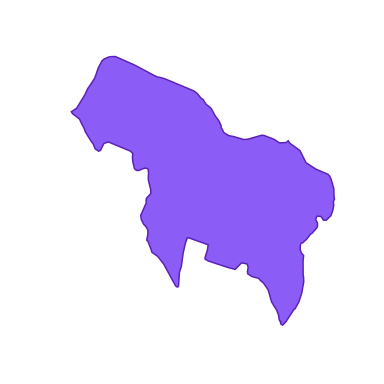 San Vicente Pacaya, Escuintla, Guatemala (Mercator projection), rotated 295°
{"feature_id": "79465075B46542077194483", "entity_name": "San Vicente Pacaya", "entity_type": "district", "adm_level": 2, "iso_a3": "GTM", "parent_name": "Guatemala", "parent_adm1": "Escuintla", "projection": "mercator", "projection_center": [-90.654, 14.339], "detail": "fine", "context": "isolated", "style": "filled", "palette": "violet", "viewbox_px": 384, "rotation_deg": 295, "n_neighbors": 0, "source": "geoboundaries", "source_scale": "gbopen_adm2", "svg_char_len": 2230}
<svg xmlns="http://www.w3.org/2000/svg" viewBox="0 0 384 384"><g transform="rotate(295 192 192)"><path d="M213.7,48.7L212.5,50.7L210.6,59.2L207.3,63.0L204.3,67.1L201.4,70.0L196.1,78.0L194.7,80.3L194.0,81.9L190.2,86.0L189.5,90.2L191.2,91.5L198.6,91.6L202.0,94.9L203.0,118.9L201.9,122.0L200.8,122.5L199.2,122.9L194.8,125.3L188.8,130.0L188.1,132.5L188.9,134.5L192.9,138.3L194.2,140.0L194.3,141.8L193.9,143.0L192.5,143.5L191.3,144.4L186.1,146.5L183.9,147.7L182.1,149.3L180.5,150.5L176.8,153.5L173.1,155.3L167.3,153.4L166.5,153.5L164.8,154.0L163.0,155.1L149.1,155.4L145.5,157.8L142.4,161.8L141.1,165.0L138.8,168.1L134.9,169.9L130.3,171.0L129.2,171.4L128.9,172.7L126.3,175.3L123.5,178.3L120.4,181.2L119.2,188.0L114.9,196.5L100.0,216.8L99.6,218.2L99.9,219.3L101.1,219.5L114.1,214.5L120.1,213.8L132.9,209.8L142.6,207.7L148.5,207.1L149.1,208.6L151.0,229.0L145.8,230.5L138.3,231.5L136.8,232.1L136.3,235.6L138.7,255.9L140.1,263.9L147.3,266.3L149.0,267.4L150.0,272.5L147.7,274.6L142.9,276.0L141.3,277.3L140.7,282.4L141.9,288.8L140.5,292.0L139.8,295.1L135.5,302.4L126.1,310.5L120.6,318.7L117.3,322.2L113.3,324.9L112.1,326.1L112.1,327.1L110.4,327.8L109.7,328.8L109.7,330.4L114.2,332.0L128.6,334.0L129.9,334.8L137.3,335.3L146.8,334.2L157.9,331.2L162.0,329.1L164.0,327.7L176.0,322.0L181.6,320.0L182.9,317.0L185.7,314.3L189.2,312.9L190.3,312.4L191.9,312.7L192.7,313.8L197.9,315.9L203.8,317.2L205.2,318.2L212.2,320.3L214.4,320.1L216.9,318.8L219.1,316.1L220.0,315.7L221.7,315.4L223.1,315.8L224.3,319.0L223.2,321.5L222.4,322.2L222.1,323.5L223.3,325.7L229.4,327.9L235.4,327.3L240.3,325.9L242.8,324.2L245.8,324.1L248.4,322.4L255.3,318.9L262.6,312.4L264.6,310.0L265.5,307.7L265.1,294.6L266.7,283.0L275.2,272.3L277.6,259.8L278.6,258.4L279.1,257.6L276.6,256.4L273.5,250.6L274.4,244.2L273.7,233.3L272.8,231.0L263.6,220.5L261.5,216.9L259.8,206.1L258.6,201.4L259.3,195.8L263.0,191.0L264.5,190.3L268.0,186.1L270.8,180.9L275.9,174.0L277.5,167.7L279.4,164.5L280.5,163.2L280.8,160.6L283.5,155.1L284.4,151.0L283.1,119.2L282.2,114.0L281.6,112.2L281.7,106.9L282.8,86.0L282.4,65.4L280.8,62.0L279.1,59.4L275.2,56.0L272.8,55.0L265.0,54.6L254.3,55.7L248.8,55.0L241.5,53.8L235.5,53.9L219.1,52.0L213.7,48.7Z" fill="#8b5cf6" stroke="#5b21b6" stroke-width="1.5"/></g></svg>